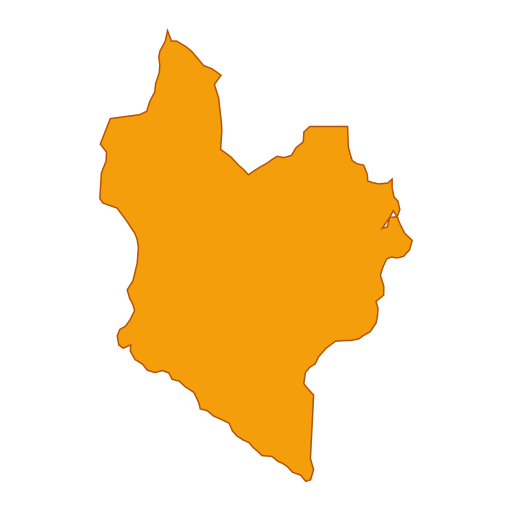 the district of São Sebastião da Amoreira, Paraná, Brazil
{"feature_id": "56859067B74095202056810", "entity_name": "São Sebastião da Amoreira", "entity_type": "district", "adm_level": 2, "iso_a3": "BRA", "parent_name": "Brazil", "parent_adm1": "Paraná", "projection": "natural_earth1", "projection_center": [-50.715, -23.455], "detail": "fine", "context": "isolated", "style": "filled", "palette": "amber", "viewbox_px": 512, "rotation_deg": 0, "n_neighbors": 0, "source": "geoboundaries", "source_scale": "gbopen_adm2", "svg_char_len": 1987}
<svg xmlns="http://www.w3.org/2000/svg" viewBox="0 0 512 512"><path d="M117.2,335.8L118.8,345.0L123.2,348.2L130.8,344.9L130.3,351.1L135.1,359.6L142.5,364.1L147.4,370.3L154.9,372.5L162.5,370.6L168.8,372.9L172.1,379.3L179.2,381.1L184.9,386.5L193.9,392.4L198.7,402.5L200.3,408.9L207.1,410.6L213.7,416.1L220.4,419.0L229.1,423.2L232.4,430.9L237.1,436.1L243.2,440.0L248.7,442.4L253.3,447.6L257.7,451.4L262.0,455.6L272.0,456.4L277.7,461.2L282.6,463.4L287.5,466.7L292.6,472.3L300.6,475.1L305.7,481.3L310.6,479.8L313.6,469.6L310.4,458.6L313.6,395.0L307.7,388.6L303.8,383.6L305.4,372.6L309.6,367.4L315.3,363.8L318.6,356.7L326.1,348.2L335.6,341.1L342.9,340.7L351.2,340.4L359.0,338.8L363.3,335.6L370.3,331.6L376.1,322.9L377.4,316.5L378.0,308.4L376.0,301.4L383.7,295.0L383.8,286.5L380.4,275.1L382.9,267.0L386.6,259.0L391.3,257.0L397.0,258.0L403.5,256.4L409.5,249.9L412.2,240.4L404.6,233.2L399.8,223.6L397.2,216.8L399.8,209.6L397.9,201.1L394.0,196.9L392.1,187.8L392.1,179.1L387.8,183.0L378.6,183.9L372.6,182.6L367.7,181.0L367.4,174.8L363.7,165.2L357.1,163.8L352.2,160.6L350.2,154.2L348.3,146.6L347.6,126.5L309.8,126.5L303.9,132.0L303.3,141.8L296.0,147.8L291.4,155.4L284.0,157.6L277.2,156.3L272.1,159.4L267.4,162.9L260.0,167.1L253.9,171.0L248.4,174.8L244.0,170.0L238.1,164.8L231.3,157.3L226.7,153.8L220.6,149.5L221.8,130.8L221.5,123.9L218.7,98.3L214.4,84.4L221.0,75.2L212.3,69.0L203.6,65.5L195.7,56.1L191.9,51.6L186.2,46.9L176.7,41.1L171.5,41.1L167.5,30.7L165.3,41.1L159.9,51.2L158.8,57.0L159.8,64.9L159.3,72.6L155.7,83.3L154.7,92.1L149.8,101.4L146.7,111.3L139.8,114.6L110.3,118.6L100.3,144.1L106.5,152.1L106.1,161.0L101.4,172.9L99.8,198.6L103.0,203.1L117.1,208.1L126.2,220.3L134.9,233.4L137.2,239.6L138.4,247.5L137.2,263.2L135.4,270.7L132.9,280.8L127.2,289.8L129.7,298.5L132.7,304.1L134.6,310.6L129.9,320.0L125.6,326.1L119.9,329.4L117.2,335.8ZM397.2,216.8L389.7,217.4L393.2,210.8L397.2,216.8ZM389.7,217.4L387.3,226.8L382.1,228.4L389.7,217.4Z" fill="#f59e0b" stroke="#b45309" stroke-width="1.5"/></svg>